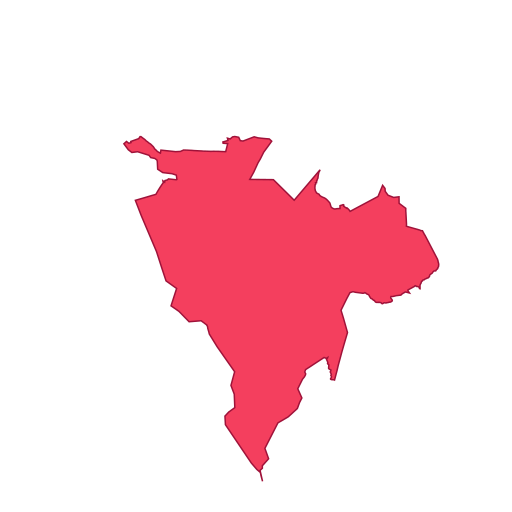 San Juan Bautista Valle Nacional, Oaxaca, Mexico (Robinson projection), rotated 318°
{"feature_id": "50627088B61539725949690", "entity_name": "San Juan Bautista Valle Nacional", "entity_type": "district", "adm_level": 2, "iso_a3": "MEX", "parent_name": "Mexico", "parent_adm1": "Oaxaca", "projection": "robinson", "projection_center": [-96.283, 17.82], "detail": "fine", "context": "isolated", "style": "filled", "palette": "rose", "viewbox_px": 512, "rotation_deg": 318, "n_neighbors": 0, "source": "geoboundaries", "source_scale": "gbopen_adm2", "svg_char_len": 5958}
<svg xmlns="http://www.w3.org/2000/svg" viewBox="0 0 512 512"><g transform="rotate(318 256 256)"><path d="M397.4,288.2L387.4,293.0L386.5,293.4L355.8,285.8L355.9,285.4L356.0,284.5L356.0,282.7L355.8,281.2L355.4,281.3L354.5,278.0L354.3,278.2L354.5,277.7L355.0,277.4L355.1,276.9L355.4,276.6L355.1,276.1L354.2,275.8L353.9,275.7L353.5,275.4L352.1,274.8L350.2,276.9L350.0,276.7L349.2,276.1L348.5,275.5L347.7,274.9L346.1,273.9L345.7,273.4L345.3,272.7L344.9,271.8L344.7,270.9L344.6,269.9L345.0,268.9L345.8,267.3L346.1,266.6L346.4,265.8L346.4,264.2L346.4,262.3L346.2,260.3L345.8,258.8L344.8,256.7L344.2,255.1L343.9,253.6L344.2,252.4L343.2,249.7L343.8,247.2L344.7,245.7L345.3,244.8L346.5,243.7L347.6,242.6L348.1,242.7L349.0,242.0L349.3,241.4L350.1,242.0L350.7,241.3L351.2,241.0L351.5,240.9L351.6,240.6L351.8,240.7L353.0,240.0L353.5,239.8L353.9,239.7L354.1,239.5L354.5,239.3L354.7,239.1L355.0,238.7L355.9,238.1L356.0,237.9L356.5,237.5L357.5,236.8L358.3,236.1L358.5,236.0L358.7,235.9L360.6,235.2L360.9,235.0L361.3,234.8L321.7,240.1L321.4,234.5L320.0,210.9L302.6,194.9L310.4,192.2L319.9,188.1L324.1,186.8L331.2,184.0L338.5,182.5L344.5,181.2L344.2,177.9L341.2,174.7L339.0,172.3L336.6,169.6L334.4,166.2L323.3,161.9L321.5,159.8L322.6,156.2L320.2,153.0L318.3,151.8L315.1,151.7L313.6,149.3L312.5,151.4L307.7,149.1L307.0,150.2L308.8,152.1L310.2,153.5L307.1,155.6L304.0,157.7L303.3,158.2L300.6,155.6L299.9,154.9L298.3,153.3L296.8,151.9L294.3,149.6L292.3,147.9L291.4,147.0L288.5,144.2L287.1,142.9L286.1,141.8L284.4,140.1L283.3,139.0L282.7,138.4L281.6,137.3L280.3,136.0L279.2,134.8L276.6,132.2L275.7,131.3L273.1,128.8L269.8,127.7L266.1,124.7L256.2,113.7L253.8,115.6L253.5,115.0L253.4,114.5L253.2,114.1L253.0,113.6L252.9,113.1L252.8,112.7L252.7,112.2L252.6,111.7L252.6,111.2L252.6,110.7L252.6,110.1L252.5,109.5L252.5,109.2L252.4,108.8L252.4,108.2L252.6,107.6L252.7,106.9L252.8,106.2L252.8,105.5L252.7,104.8L252.7,103.8L252.6,103.1L252.6,102.4L252.4,101.7L252.2,101.0L252.0,100.2L251.9,99.2L251.8,98.9L251.8,98.5L251.6,97.8L251.4,97.0L251.4,95.9L251.3,94.9L251.2,94.3L251.1,93.9L250.8,92.5L250.4,90.3L249.7,89.7L247.4,90.3L239.6,87.1L239.0,88.1L236.9,87.1L236.4,84.2L232.9,84.2L232.2,91.6L233.0,96.0L237.8,99.3L243.9,109.6L243.6,112.4L246.1,115.8L246.6,118.4L245.9,119.7L241.0,125.7L241.9,129.2L242.5,131.6L248.7,138.7L250.9,142.6L248.4,146.2L247.8,146.0L242.5,140.1L241.2,140.2L238.8,139.0L237.5,140.0L237.1,137.9L236.1,139.5L234.1,139.9L230.6,140.8L228.5,141.4L226.8,141.9L222.9,143.2L221.0,142.3L219.2,141.4L215.6,139.7L211.2,137.6L203.6,133.9L197.8,149.1L185.0,186.2L178.0,201.8L172.5,214.3L175.3,227.0L159.5,236.2L161.7,245.6L162.1,255.4L162.3,260.1L171.9,267.4L173.3,274.6L173.0,274.8L172.8,276.0L172.0,277.1L171.7,277.6L169.8,281.5L169.1,282.7L166.4,297.5L162.7,327.7L150.8,335.4L147.4,344.1L138.8,354.5L131.4,353.7L125.8,354.2L120.4,360.9L114.0,406.7L113.8,415.1L114.4,419.8L112.8,422.5L110.1,427.8L113.7,421.4L115.6,418.0L118.7,418.0L120.4,416.1L122.6,415.9L129.7,415.1L133.9,404.9L160.3,394.8L160.8,394.7L172.4,397.1L184.7,397.0L190.4,394.0L195.1,392.2L198.2,382.6L208.1,378.7L211.2,378.2L213.3,377.4L214.1,376.8L214.6,374.8L215.8,374.2L216.8,373.6L231.0,375.8L238.7,377.0L239.0,377.7L239.8,379.2L241.4,379.4L241.1,379.6L239.2,380.0L238.8,381.4L238.1,383.2L237.2,383.8L237.1,384.4L237.3,384.8L237.3,385.6L234.9,387.9L234.7,388.2L234.7,388.8L235.4,390.9L234.4,391.6L233.6,391.8L232.8,394.4L231.8,394.7L231.5,395.7L231.3,396.3L230.4,396.8L229.4,397.0L229.0,397.5L229.3,398.3L231.3,400.4L231.4,400.7L239.8,395.2L243.8,392.4L256.0,384.5L260.0,382.0L262.9,380.2L263.4,379.9L264.2,379.4L269.4,376.2L272.8,374.1L274.5,370.6L275.9,367.8L279.3,360.9L282.9,353.2L289.9,350.4L295.2,348.3L301.3,346.1L304.2,347.4L305.6,349.5L310.4,355.1L311.3,355.8L312.1,356.1L312.4,356.1L312.6,356.8L312.8,357.2L312.9,358.3L313.2,358.8L313.4,359.3L313.6,359.8L313.8,360.9L313.6,361.2L313.5,361.5L313.3,362.1L313.2,362.5L313.2,363.1L313.1,363.6L313.0,364.2L313.1,364.7L313.3,365.0L313.6,365.8L313.6,366.6L313.7,367.1L313.8,367.7L314.2,368.2L314.1,369.0L314.0,369.8L314.1,370.4L314.4,371.0L314.9,371.4L315.3,371.8L315.8,372.4L316.5,372.6L316.7,373.0L317.0,373.6L317.6,374.1L317.7,374.8L317.7,375.5L317.8,375.9L318.4,376.2L318.8,376.3L319.5,376.3L319.8,376.5L320.2,376.7L320.5,377.2L321.1,377.8L321.5,377.9L321.8,378.3L322.2,378.4L323.0,379.0L324.3,379.5L324.5,379.9L325.3,380.3L325.7,380.4L326.1,380.5L326.7,380.6L327.4,380.4L327.7,379.9L327.9,379.3L327.9,378.3L328.0,377.4L328.5,376.8L329.2,376.4L329.8,377.0L330.5,377.6L332.5,378.7L333.5,379.2L337.5,382.0L337.8,382.0L338.3,382.0L338.7,381.9L340.9,382.2L341.3,382.4L341.7,382.4L342.1,382.5L342.7,382.6L343.1,382.9L343.4,383.3L343.8,383.9L345.3,386.2L345.7,383.4L346.2,382.9L353.7,384.7L354.3,384.5L354.6,384.7L354.7,385.2L355.0,385.8L355.1,386.4L355.5,386.6L355.9,387.1L356.1,387.5L356.2,388.0L356.2,388.6L356.0,389.1L355.7,389.6L356.0,390.1L356.4,389.7L356.8,389.2L357.2,388.7L357.9,388.0L358.2,387.5L358.9,387.2L359.3,387.0L359.7,386.8L360.3,386.7L361.0,386.3L361.5,386.0L362.1,385.6L362.5,385.8L363.1,385.9L363.6,385.7L364.1,385.6L364.7,385.9L365.0,386.2L366.0,386.2L366.6,386.4L367.0,386.6L367.5,386.7L368.3,386.9L368.7,387.1L369.0,387.4L369.9,387.4L370.4,387.4L371.2,387.3L371.6,386.9L372.1,386.6L372.6,386.4L373.5,386.3L374.0,386.5L374.5,386.5L375.2,386.6L375.7,386.6L376.1,386.4L376.6,386.3L377.6,386.2L378.4,386.3L378.8,386.6L379.3,387.1L379.6,387.3L380.3,387.1L381.1,386.8L381.9,387.0L382.7,386.9L383.2,386.3L383.4,386.3L383.9,386.2L384.3,386.1L384.7,385.9L385.0,385.6L385.3,385.2L385.8,385.0L386.1,384.6L386.3,384.2L386.6,383.9L386.9,383.5L387.0,383.0L387.3,382.6L387.5,382.2L387.7,381.8L388.0,381.5L388.1,381.0L388.3,380.7L388.5,380.3L388.7,379.9L395.5,353.5L395.5,353.0L396.6,348.6L395.3,347.2L395.2,346.5L389.2,337.0L388.7,336.2L387.7,334.5L389.2,333.0L396.7,323.7L397.3,322.9L399.2,320.8L397.6,312.6L401.9,307.7L397.5,304.6L394.8,299.2L395.3,294.4L397.1,292.1L397.4,288.2Z" fill="#f43f5e" stroke="#9f1239" stroke-width="1.5"/></g></svg>